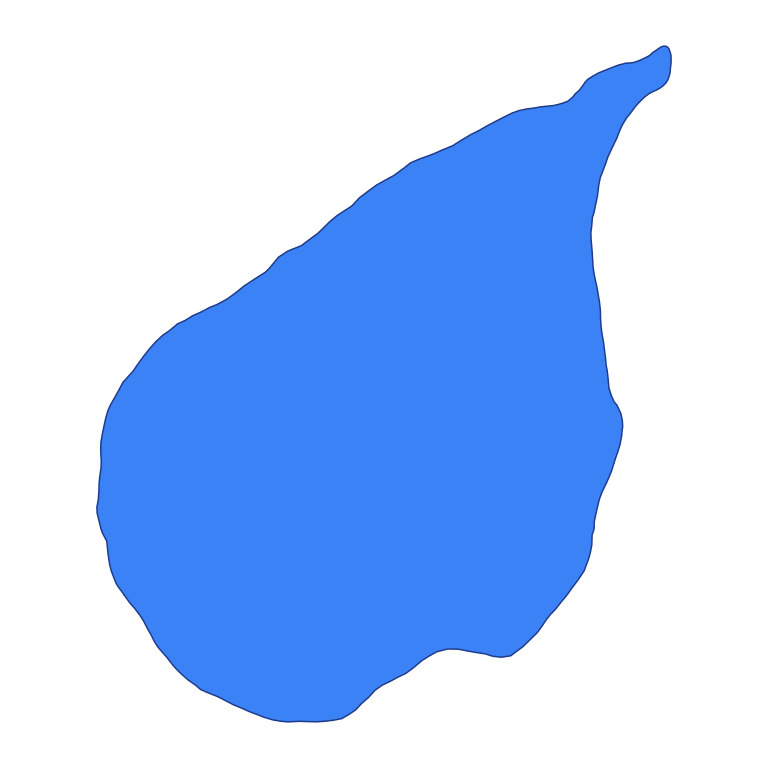 Hadhdhunmathee, Maldives (Natural Earth projection)
{"feature_id": "70690204B84265710008928", "entity_name": "Hadhdhunmathee", "entity_type": "district", "adm_level": 2, "iso_a3": "MDV", "parent_name": "Maldives", "parent_adm1": "", "projection": "natural_earth1", "projection_center": [73.435, 1.956], "detail": "fine", "context": "isolated", "style": "filled", "palette": "blue", "viewbox_px": 768, "rotation_deg": 0, "n_neighbors": 0, "source": "geoboundaries", "source_scale": "gbopen_adm2", "svg_char_len": 3312}
<svg xmlns="http://www.w3.org/2000/svg" viewBox="0 0 768 768"><path d="M287.9,721.9L299.1,721.3L307.9,721.6L316.8,721.8L324.4,721.3L333.0,720.3L341.8,718.6L349.3,714.2L355.4,710.1L361.8,703.3L368.4,697.6L375.0,690.3L382.1,685.2L391.4,680.7L397.4,677.4L405.8,673.4L413.5,667.7L422.0,660.5L428.7,656.3L436.7,651.8L447.6,649.0L458.5,649.2L467.6,651.0L475.5,652.4L485.4,653.9L492.9,656.3L501.6,657.2L510.7,655.8L523.0,646.6L537.1,632.8L542.2,625.8L546.7,619.1L550.6,614.3L555.8,608.9L559.8,603.7L566.9,595.1L572.4,587.4L578.3,579.6L584.1,570.9L588.7,558.5L590.4,552.3L591.8,544.9L592.1,535.1L594.1,528.9L594.3,521.5L595.4,516.2L597.2,508.1L599.5,498.7L602.4,491.2L606.1,483.7L609.4,476.2L611.5,471.1L613.2,465.6L615.8,457.4L617.8,451.9L620.1,444.2L621.6,436.3L622.1,430.6L622.7,426.7L622.3,420.3L620.8,413.4L617.0,405.2L614.1,401.8L611.2,395.3L608.9,387.8L608.1,378.6L607.2,370.7L606.1,365.0L605.6,358.8L604.3,348.7L603.5,342.2L602.2,335.1L601.2,327.9L600.6,319.9L600.4,310.8L599.5,302.1L598.8,298.2L597.2,288.5L594.3,275.2L593.1,267.4L592.7,260.5L592.0,249.7L591.1,239.6L590.9,232.3L591.6,227.1L592.4,217.4L594.0,212.6L595.6,204.6L597.4,196.2L598.8,184.8L600.3,177.4L602.5,171.9L605.4,164.2L607.9,156.9L611.6,149.0L614.3,143.3L616.9,138.0L619.8,130.3L622.3,125.0L626.3,118.3L629.9,113.8L632.5,110.5L635.2,106.7L638.5,103.0L641.8,99.6L644.7,96.9L648.9,93.7L652.7,91.7L656.4,90.1L660.0,88.1L662.5,86.2L665.3,83.7L667.7,80.2L669.0,76.7L670.0,73.3L670.5,67.6L671.0,63.6L671.1,59.2L671.0,55.7L670.5,53.3L669.6,50.6L669.0,49.0L667.9,47.4L666.2,46.3L664.3,46.1L662.3,46.4L660.4,47.4L658.4,48.7L655.4,50.8L652.7,52.6L649.2,55.8L643.1,58.8L638.5,60.9L632.8,62.7L625.8,63.2L618.4,65.1L611.8,67.6L603.3,71.0L598.2,73.1L592.5,76.3L587.8,79.3L585.5,81.7L582.6,85.9L579.1,90.5L575.6,93.5L572.5,97.3L568.0,101.1L562.7,103.2L558.7,104.3L553.8,105.5L540.2,106.9L533.7,108.1L526.5,109.0L518.7,110.7L512.0,113.1L505.1,116.5L495.9,121.2L487.0,125.9L479.5,130.2L470.9,134.5L461.7,140.0L452.5,145.8L442.6,149.8L434.4,153.5L427.9,156.0L419.7,158.9L410.6,162.8L403.8,168.2L394.0,175.4L384.8,180.4L376.6,185.0L368.9,190.6L359.4,197.8L351.9,205.9L345.6,210.0L337.3,215.4L329.8,221.6L324.0,227.4L318.0,233.2L312.3,237.4L305.3,242.6L301.6,245.5L297.1,247.4L293.1,248.9L287.2,251.4L278.5,257.2L273.9,262.8L268.8,268.9L265.1,272.4L260.5,275.3L254.8,278.9L244.2,285.9L235.4,293.0L227.3,298.9L222.7,301.5L216.4,304.8L209.9,307.3L201.1,312.0L192.7,315.7L185.0,320.5L177.6,323.8L169.5,330.6L162.8,335.2L155.6,341.9L150.2,348.0L143.4,356.5L137.9,364.1L132.7,371.6L129.3,375.3L122.9,382.4L119.6,388.7L114.8,397.4L110.3,405.2L108.1,410.2L105.9,417.4L103.8,427.0L102.1,435.2L101.0,441.9L100.7,447.7L100.9,455.3L101.3,460.8L101.0,468.2L99.8,476.3L99.1,483.7L98.9,491.1L98.3,499.7L96.9,507.1L97.1,513.1L101.1,529.4L102.7,533.4L106.8,541.4L107.9,552.8L108.7,558.5L109.7,564.9L111.3,571.0L113.7,577.3L116.3,583.8L118.7,587.5L122.5,592.6L126.8,598.7L129.8,602.9L135.1,608.9L140.2,615.7L143.8,621.4L146.4,626.5L147.7,629.1L151.4,635.4L154.2,641.3L158.1,647.3L162.5,652.4L166.9,657.4L170.2,661.7L173.0,665.3L178.0,670.8L183.5,675.9L188.5,680.3L195.7,685.3L200.7,689.6L208.0,692.8L217.4,696.5L226.4,701.1L233.3,704.7L241.3,708.0L249.8,711.8L256.5,714.3L263.8,717.2L272.9,719.9L280.5,721.2L287.9,721.9Z" fill="#3b82f6" stroke="#1e3a8a" stroke-width="1.5"/></svg>